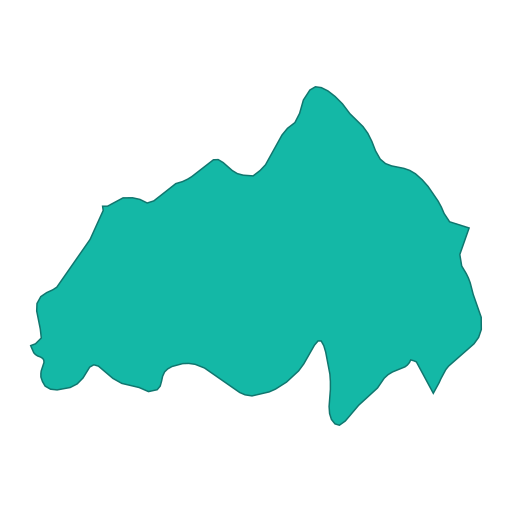 SVG path tracing the border of Berea
{"feature_id": "LSO-1202", "entity_name": "Berea", "entity_type": "District", "adm_level": 1, "iso_a3": "LSO", "parent_name": "Lesotho", "parent_adm1": "", "projection": "equal_earth", "projection_center": [27.891, -29.155], "detail": "fine", "context": "isolated", "style": "filled", "palette": "teal", "viewbox_px": 512, "rotation_deg": 0, "n_neighbors": 0, "source": "natural_earth", "source_scale": "10m", "svg_char_len": 1846}
<svg xmlns="http://www.w3.org/2000/svg" viewBox="0 0 512 512"><path d="M30.7,345.6L35.5,343.8L41.3,338.0L40.3,329.0L36.7,311.0L37.0,303.5L40.8,296.6L46.7,292.6L52.6,289.9L56.8,287.2L90.1,239.4L103.2,210.5L102.6,206.2L107.5,206.2L123.0,197.9L132.6,197.8L139.9,199.4L147.2,203.0L153.8,200.9L175.8,183.6L182.5,181.6L187.6,179.2L191.8,176.6L213.4,159.8L218.2,159.6L223.2,162.6L232.2,170.5L237.3,173.6L243.3,175.2L253.1,175.9L260.1,170.5L265.5,164.8L282.0,135.0L287.5,128.3L294.9,122.6L299.6,113.4L303.4,100.0L309.9,90.0L315.4,86.8L321.3,87.6L327.9,90.9L335.1,96.5L342.5,103.9L349.8,113.6L363.0,126.6L367.8,133.3L371.9,141.5L375.5,150.8L380.2,159.1L385.5,163.6L391.6,165.9L404.0,168.4L409.7,170.4L415.5,173.8L422.2,179.8L428.1,186.5L438.1,201.1L441.4,207.2L444.1,213.5L449.6,221.8L469.1,228.0L459.8,254.5L461.7,266.0L466.3,273.7L468.4,278.0L470.2,282.8L473.2,294.4L481.2,317.3L481.3,329.5L478.6,337.4L474.0,343.8L448.6,366.1L445.8,369.6L440.9,378.7L439.1,382.7L433.3,393.3L416.4,361.9L413.9,360.8L410.7,359.9L409.4,362.6L407.4,365.0L405.1,366.8L392.6,371.9L388.1,374.6L384.2,378.2L377.5,388.0L358.7,405.2L345.3,421.0L339.4,425.2L335.0,423.9L331.4,419.4L329.6,413.6L329.1,406.5L330.4,389.4L330.4,381.5L329.9,374.2L325.7,352.1L323.8,345.7L321.2,341.0L318.1,340.9L314.5,345.1L303.7,364.0L298.6,370.9L286.5,382.1L275.5,389.1L269.2,391.9L252.0,395.9L245.0,394.8L239.7,392.5L204.5,368.0L195.1,364.3L188.7,363.4L182.7,363.6L172.0,366.5L167.7,368.9L164.6,371.9L162.6,376.3L161.6,381.0L160.2,386.1L157.2,389.7L148.5,391.6L139.1,387.5L121.8,383.4L112.9,378.4L98.4,366.1L93.8,364.8L89.7,367.1L83.0,378.0L77.2,383.9L70.2,387.5L57.1,389.9L50.5,389.2L45.1,386.1L42.5,381.6L40.9,377.0L40.9,373.4L41.2,371.0L44.0,362.4L43.8,360.2L42.8,358.5L40.5,357.0L37.7,356.0L35.4,354.5L33.8,352.8L31.2,346.9L30.7,345.6Z" fill="#14b8a6" stroke="#0f766e" stroke-width="1.5"/></svg>